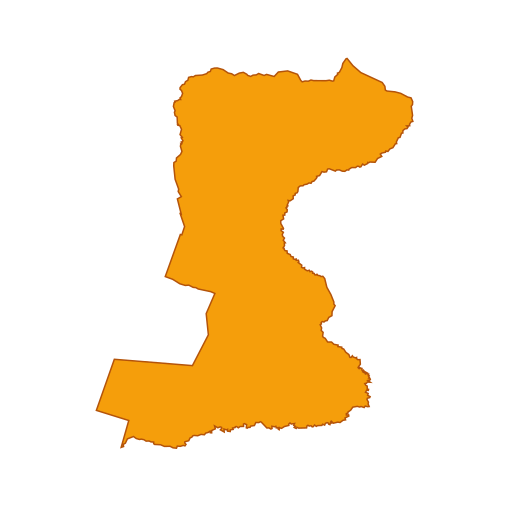 the district of Metán, Salta, Argentina, rotated 98°
{"feature_id": "61730980B22124593999918", "entity_name": "Metán", "entity_type": "district", "adm_level": 2, "iso_a3": "ARG", "parent_name": "Argentina", "parent_adm1": "Salta", "projection": "equal_earth", "projection_center": [-64.481, -25.427], "detail": "fine", "context": "isolated", "style": "filled", "palette": "amber", "viewbox_px": 512, "rotation_deg": 98, "n_neighbors": 0, "source": "geoboundaries", "source_scale": "gbopen_adm2", "svg_char_len": 6102}
<svg xmlns="http://www.w3.org/2000/svg" viewBox="0 0 512 512"><g transform="rotate(98 256 256)"><path d="M70.3,240.2L68.3,250.4L70.7,259.5L75.7,263.0L74.7,270.8L76.1,273.1L74.9,278.8L76.6,280.9L77.3,284.1L78.9,286.2L78.3,289.4L77.3,290.4L75.9,294.1L77.2,298.0L80.3,302.5L78.9,305.5L78.7,309.0L76.0,314.5L75.2,320.4L75.7,323.3L77.1,326.4L79.6,326.9L80.7,329.2L82.3,330.2L84.3,334.4L85.7,341.1L87.3,343.0L87.3,344.8L88.5,347.6L91.4,347.9L93.2,350.1L95.8,350.7L96.6,352.7L99.8,354.6L101.4,354.5L102.5,352.8L105.2,351.3L108.6,352.0L110.0,353.2L111.5,352.4L111.6,353.7L113.0,355.2L114.0,358.0L114.8,357.5L115.5,358.4L119.4,358.6L123.5,356.3L125.0,356.8L128.1,355.7L129.4,353.4L135.5,352.3L136.4,351.4L136.9,352.0L137.4,351.6L137.5,349.6L140.9,347.4L146.4,348.1L148.8,345.5L149.4,346.5L152.0,344.4L153.3,344.8L153.4,345.7L154.5,345.1L154.9,346.1L155.6,345.4L156.2,346.1L157.9,346.1L162.8,343.9L166.0,344.9L170.0,348.4L173.1,348.2L174.9,350.3L178.2,350.0L191.2,346.8L200.5,341.9L203.0,342.0L207.6,338.2L210.4,341.8L224.9,335.9L224.7,336.9L236.8,330.8L245.4,332.4L245.2,333.9L289.0,343.0L290.7,335.2L294.1,327.6L295.0,321.9L294.2,318.5L295.8,313.9L295.7,311.0L296.7,308.7L297.6,295.9L298.8,291.5L320.0,297.3L340.7,292.2L373.4,303.7L378.0,381.9L431.1,392.6L436.6,359.1L464.3,362.9L463.1,360.6L461.1,361.3L459.5,359.3L455.0,357.9L451.8,352.2L453.4,349.2L453.9,345.8L453.3,344.2L453.5,341.4L454.6,339.1L454.1,336.1L454.7,334.1L454.5,331.4L456.1,331.2L456.7,330.2L456.2,324.2L457.3,320.2L456.4,314.6L457.5,311.5L457.4,308.0L455.2,307.5L455.0,304.4L453.7,301.7L453.9,299.9L452.3,299.1L451.0,300.6L449.8,300.5L448.3,296.9L445.4,296.0L444.3,294.3L442.9,293.6L442.3,292.3L442.1,288.7L440.3,285.6L440.2,282.2L438.4,281.2L437.3,278.6L436.1,277.6L435.9,277.0L437.4,276.7L437.3,275.3L435.0,275.6L432.8,272.2L430.0,273.4L431.4,269.9L430.2,267.7L430.5,266.3L431.3,265.9L433.1,267.1L434.7,263.0L431.8,263.6L432.3,261.2L431.6,260.0L433.4,259.8L433.4,257.1L431.7,257.2L430.9,254.5L429.6,255.2L428.8,252.8L427.9,252.7L427.6,251.5L428.6,249.6L427.1,248.1L426.5,244.6L424.2,245.0L423.6,244.2L424.3,241.8L427.5,241.7L427.7,240.7L426.9,240.0L426.5,238.0L425.2,237.6L424.1,234.0L420.9,233.0L420.6,230.1L419.5,228.6L419.8,227.6L424.8,221.3L424.4,219.3L425.3,217.2L424.6,216.1L422.4,216.6L422.5,213.7L421.9,212.6L423.4,212.0L422.7,209.7L424.1,210.1L424.8,208.9L422.8,208.7L423.1,206.7L420.9,204.1L419.2,199.9L417.9,200.2L416.6,199.1L417.5,197.7L416.5,194.5L418.5,195.1L419.2,193.3L420.5,194.3L421.2,192.2L420.0,191.5L420.5,189.8L419.2,182.0L417.2,181.9L416.4,181.0L417.0,179.7L416.4,177.8L417.4,176.6L417.0,175.5L415.2,174.5L416.3,172.6L415.4,171.4L414.6,167.2L413.3,166.6L413.9,164.5L412.1,164.0L411.2,162.6L411.1,161.6L412.5,160.5L412.7,159.3L411.2,159.2L410.9,157.9L409.8,158.9L409.1,158.5L410.8,156.1L409.1,151.8L409.2,149.6L406.6,147.0L405.8,144.5L404.0,145.3L401.6,141.8L400.4,142.2L400.9,144.4L399.5,144.6L398.8,143.1L397.7,143.2L395.5,140.8L392.2,139.1L390.8,134.8L391.1,132.2L390.4,131.1L391.0,127.8L389.4,127.0L389.7,124.5L389.3,123.0L386.9,124.4L385.1,124.3L382.7,126.1L381.4,126.0L380.4,123.7L379.4,123.4L378.4,126.1L376.5,125.8L375.7,128.6L373.6,127.8L373.5,126.1L372.4,126.0L372.3,127.3L369.3,127.8L368.8,129.2L367.2,130.5L366.6,128.9L365.3,128.1L365.1,125.3L363.7,127.9L363.0,126.0L362.2,125.6L361.1,126.4L361.2,127.4L360.1,127.0L359.3,127.9L358.5,127.4L358.1,128.4L357.2,128.1L357.0,129.9L357.6,131.2L356.4,131.8L356.0,130.5L355.4,132.1L356.4,132.8L355.8,134.2L354.5,133.3L354.0,133.8L354.5,134.6L354.1,135.4L352.6,135.4L352.4,137.1L353.2,138.2L352.7,138.9L352.1,137.8L351.7,139.2L348.6,137.6L344.1,138.6L344.5,140.7L343.6,142.2L342.5,142.3L343.0,143.2L342.5,145.7L341.4,146.7L343.2,147.7L343.3,148.9L340.7,150.3L338.8,153.7L335.9,156.2L335.6,158.0L334.3,158.4L334.3,162.3L332.8,162.3L332.6,166.6L330.7,169.2L331.2,173.1L327.9,176.0L327.2,178.0L326.1,178.9L322.3,178.9L320.6,181.1L318.1,181.0L315.1,182.9L314.2,181.8L312.9,182.2L311.7,181.3L311.9,179.5L310.6,178.3L310.0,176.5L306.7,175.4L304.5,172.5L300.5,172.9L294.2,170.7L292.8,172.2L290.7,172.5L283.7,176.5L277.1,181.5L268.8,184.8L266.8,187.0L267.3,188.8L266.6,190.0L266.6,192.0L265.6,193.1L266.4,193.8L266.4,195.2L265.2,195.9L265.2,197.5L264.1,197.5L263.3,198.8L264.0,200.4L262.7,201.2L263.5,203.2L262.3,206.1L260.7,206.3L261.3,207.8L260.9,209.3L258.7,209.4L256.6,213.3L255.9,212.7L254.3,213.4L254.7,215.6L253.4,215.8L253.9,217.2L253.6,218.7L251.8,218.9L251.6,221.3L249.8,222.3L249.0,225.4L246.6,226.0L246.7,227.8L245.6,229.0L244.6,229.2L244.2,230.3L241.7,229.2L239.3,229.8L238.9,228.8L236.6,231.2L234.3,230.3L232.8,232.3L231.1,233.0L228.7,232.2L227.4,234.7L225.7,234.8L225.7,232.8L224.9,232.6L220.3,236.0L217.6,236.4L215.4,233.8L211.9,235.0L211.5,233.2L209.4,233.5L208.0,231.4L205.8,231.5L204.2,233.0L203.4,232.1L202.5,232.4L201.9,231.4L201.0,232.1L197.8,231.2L196.5,231.9L196.6,229.9L194.1,227.1L191.3,227.6L190.1,225.7L188.6,225.9L187.6,224.0L186.1,223.5L182.3,223.7L180.4,221.9L179.9,219.2L178.7,218.3L177.7,215.4L176.3,213.7L176.3,211.6L174.4,210.8L173.8,209.1L171.0,207.2L169.7,206.6L168.7,207.1L167.5,204.2L163.2,202.4L163.5,200.3L162.8,197.9L160.0,197.2L159.4,195.7L160.9,189.2L159.7,188.3L159.1,185.5L160.0,182.4L159.8,179.8L158.1,178.0L158.0,176.1L157.0,175.9L155.1,173.5L154.6,169.7L153.0,168.2L152.9,166.6L153.5,165.8L153.1,164.6L150.1,163.2L151.0,161.4L149.0,158.5L147.8,158.3L148.1,157.6L147.1,156.3L146.6,151.1L142.5,149.2L139.9,145.3L137.8,147.1L136.6,145.8L135.2,142.2L134.0,142.1L134.1,139.9L131.3,138.3L129.7,135.5L125.5,133.6L125.1,132.3L123.6,132.9L119.1,131.5L118.5,129.9L114.1,129.0L113.8,127.7L111.4,128.0L109.5,126.4L108.8,124.2L107.1,123.4L106.2,124.8L105.6,121.9L104.0,122.3L101.6,121.1L100.9,119.4L97.9,120.9L95.0,120.5L86.1,123.1L84.3,122.1L81.3,122.3L77.8,124.5L77.5,127.9L74.8,135.3L74.1,141.2L74.4,149.2L73.7,151.0L70.0,152.0L66.6,155.2L59.8,177.7L54.0,186.6L47.7,193.3L48.2,194.3L53.2,196.8L57.5,197.2L62.5,199.0L63.6,200.8L64.7,200.3L67.8,202.9L71.7,203.4L72.2,204.7L71.7,207.8L72.7,211.2L74.3,223.3L74.1,226.1L75.6,228.5L75.9,231.8L77.1,234.5L75.9,236.1L70.3,240.2Z" fill="#f59e0b" stroke="#b45309" stroke-width="1.5"/></g></svg>